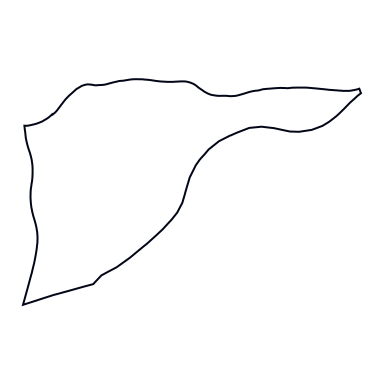 outline of Dordrecht, Zuid-Holland, Netherlands
{"feature_id": "6326949B98267604037576", "entity_name": "Dordrecht", "entity_type": "district", "adm_level": 2, "iso_a3": "NLD", "parent_name": "Netherlands", "parent_adm1": "Zuid-Holland", "projection": "albers", "projection_center": [4.731, 51.769], "detail": "fine", "context": "isolated", "style": "outline", "palette": "ink", "viewbox_px": 384, "rotation_deg": 0, "n_neighbors": 0, "source": "geoboundaries", "source_scale": "gbopen_adm2", "svg_char_len": 5326}
<svg xmlns="http://www.w3.org/2000/svg" viewBox="0 0 384 384"><path d="M23.0,304.8L38.6,299.8L43.8,298.1L52.0,295.5L54.0,294.8L54.7,294.7L71.1,290.2L83.2,286.8L93.3,284.1L94.6,282.6L101.4,275.4L108.2,271.7L116.4,267.4L126.6,260.1L129.8,257.8L143.2,246.7L147.1,243.6L151.6,239.5L156.5,235.1L162.7,229.3L167.0,224.6L171.9,219.3L177.2,212.6L182.3,202.9L184.8,194.4L185.7,191.0L189.7,177.5L193.6,169.7L195.7,165.4L199.7,159.7L201.9,157.2L204.4,154.5L208.7,149.4L219.0,141.2L229.6,135.8L230.5,135.5L237.1,132.6L249.3,127.9L261.6,126.7L266.6,127.3L271.9,127.9L273.8,128.1L282.2,129.9L289.8,131.5L292.6,131.6L299.0,131.8L311.6,129.9L314.1,129.0L322.4,125.9L327.0,123.1L329.1,121.8L331.2,120.2L336.2,116.3L336.9,115.7L339.9,112.9L344.0,108.9L350.0,102.7L353.8,99.3L357.6,95.8L361.0,93.2L360.4,91.8L359.3,88.7L358.0,89.1L357.4,89.3L356.9,89.4L356.4,89.6L356.0,89.7L355.3,89.8L354.4,90.0L353.6,90.2L352.8,90.3L352.2,90.4L351.4,90.6L350.9,90.6L350.3,90.7L349.9,90.8L349.4,90.8L348.9,90.9L348.5,90.9L347.8,90.9L347.1,90.9L346.5,90.9L345.8,90.9L345.2,90.9L343.8,90.9L343.3,90.9L342.7,90.8L342.0,90.8L341.3,90.7L340.9,90.7L340.3,90.6L339.8,90.6L339.1,90.6L337.5,90.4L335.6,90.3L334.3,90.2L333.2,90.1L332.2,90.0L331.2,90.0L330.6,89.9L329.9,89.9L329.7,89.9L329.3,89.8L328.8,89.8L328.1,89.7L327.3,89.6L325.7,89.4L325.2,89.4L324.8,89.3L324.6,89.3L323.9,89.2L323.1,89.1L322.3,89.1L321.8,89.0L320.5,88.9L320.0,88.8L319.4,88.8L318.8,88.7L318.3,88.7L317.4,88.6L316.7,88.5L315.9,88.4L315.2,88.4L314.5,88.3L313.9,88.2L313.7,88.2L312.8,88.2L311.2,88.0L309.9,87.9L308.6,87.8L308.4,87.8L308.1,87.7L307.2,87.7L305.2,87.6L302.7,87.6L297.6,87.6L292.3,87.7L287.8,88.2L285.6,88.1L283.8,88.0L282.5,88.0L282.0,88.0L280.6,87.9L280.1,87.9L279.0,88.0L278.5,88.0L273.7,88.3L269.2,88.7L267.4,88.8L263.6,89.2L263.0,89.2L259.5,90.2L257.2,90.6L255.8,90.7L253.0,91.1L251.9,91.4L251.3,91.5L250.3,91.7L248.0,92.4L244.8,93.4L241.4,94.4L238.5,95.2L238.3,95.3L237.7,95.4L236.0,95.8L234.1,96.0L232.3,96.1L231.0,96.1L230.5,96.2L229.1,96.1L228.6,96.0L227.2,95.9L226.9,95.9L226.7,95.9L226.4,95.8L225.3,95.8L223.7,95.8L223.2,95.8L222.8,95.8L222.3,95.8L221.7,95.8L221.4,95.8L221.1,95.8L219.9,95.9L219.2,95.9L218.6,95.8L218.0,95.8L217.5,95.8L217.2,95.8L216.9,95.7L216.5,95.7L216.1,95.6L215.7,95.6L215.3,95.5L214.9,95.4L214.4,95.4L214.0,95.3L213.5,95.2L213.0,95.1L212.6,95.1L212.2,95.0L211.9,95.0L211.2,94.8L210.4,94.5L210.2,94.5L210.0,94.4L208.7,93.9L208.1,93.6L207.8,93.5L206.6,92.9L206.3,92.7L204.4,91.7L202.5,90.3L200.7,89.1L198.8,87.8L197.0,86.3L196.6,86.0L196.1,85.6L195.8,85.4L195.6,85.2L195.3,85.0L195.1,84.9L194.8,84.7L194.6,84.6L194.3,84.4L193.9,84.2L193.6,84.0L193.3,83.8L193.0,83.7L192.8,83.6L192.3,83.4L191.8,83.2L191.4,83.0L190.9,82.8L190.4,82.7L190.0,82.5L189.5,82.4L189.2,82.3L188.7,82.1L188.2,82.0L187.6,81.9L187.3,81.8L186.9,81.7L186.4,81.6L185.6,81.5L185.2,81.5L184.7,81.4L183.7,81.4L183.4,81.4L182.6,81.4L181.7,81.4L181.1,81.4L180.4,81.4L180.2,81.4L179.9,81.4L179.7,81.4L179.4,81.5L179.1,81.5L178.5,81.5L177.8,81.6L177.0,81.6L176.4,81.6L175.8,81.7L174.8,81.7L174.2,81.8L173.5,81.8L172.8,81.9L171.6,81.9L171.0,81.9L168.3,81.9L162.9,81.6L159.9,81.4L158.4,81.2L156.2,81.0L154.6,80.7L152.5,80.4L150.6,80.1L148.8,79.9L146.8,79.7L145.0,79.6L143.4,79.4L143.1,79.3L142.8,79.3L142.2,79.3L136.7,79.2L134.6,79.2L133.0,79.3L132.5,79.3L131.6,79.4L130.5,79.5L129.8,79.6L128.6,79.8L127.6,80.0L124.9,80.4L124.1,80.6L123.2,80.7L121.8,80.8L120.4,80.9L119.2,81.0L116.4,81.7L115.4,81.9L112.8,82.5L109.9,83.3L109.6,83.3L109.0,83.5L108.4,83.7L107.8,83.9L107.4,84.0L107.0,84.1L106.2,84.3L105.4,84.5L104.9,84.6L104.6,84.7L104.2,84.7L103.6,84.8L102.4,84.9L102.0,85.0L101.5,85.0L101.1,85.0L100.5,85.0L99.3,85.1L98.3,85.1L97.8,85.2L97.4,85.2L97.1,85.2L96.8,85.2L96.3,85.3L96.1,85.3L95.8,85.3L95.6,85.3L95.3,85.3L95.1,85.3L94.8,85.2L94.5,85.2L94.3,85.2L94.0,85.1L93.6,85.0L93.2,85.0L92.9,84.9L92.5,84.9L92.1,84.8L91.7,84.7L91.4,84.7L91.0,84.6L90.7,84.6L90.4,84.5L90.0,84.5L89.7,84.5L89.4,84.5L89.2,84.5L88.9,84.4L87.3,84.4L85.6,84.7L83.4,85.3L81.6,86.0L80.4,86.7L76.4,89.1L72.3,92.8L68.9,95.8L65.3,99.6L64.2,101.0L62.8,102.8L62.3,103.5L61.9,104.0L61.4,104.6L59.4,107.3L58.4,108.6L57.7,109.5L57.3,110.1L57.0,110.4L56.0,111.6L55.6,112.0L54.9,112.7L54.5,113.0L54.1,113.4L53.7,113.7L52.6,114.6L52.3,114.2L50.6,115.8L48.3,117.7L46.2,119.1L44.3,120.2L41.9,121.6L38.4,123.0L35.8,123.9L32.9,124.6L30.5,125.2L27.0,125.8L24.4,125.7L24.8,129.5L25.2,132.1L25.6,136.0L25.9,138.5L26.3,140.3L26.8,142.6L26.9,143.0L27.7,146.1L28.5,148.8L29.9,152.8L30.5,155.0L31.0,156.8L31.6,159.5L31.7,159.9L32.3,164.2L32.4,165.1L32.5,166.3L32.5,167.1L32.6,168.2L32.6,169.9L32.6,171.8L32.6,172.7L32.6,173.7L32.5,174.5L32.5,175.4L32.5,176.3L32.4,177.0L32.4,177.6L32.2,179.8L31.9,182.1L31.7,183.1L31.6,183.4L31.4,185.3L30.9,188.6L30.8,189.0L30.8,189.3L30.8,189.5L30.8,190.2L30.7,190.5L30.6,192.2L30.6,193.0L30.5,197.0L30.5,197.5L30.8,202.5L30.9,203.4L31.1,205.4L31.2,205.7L31.2,205.9L31.3,206.8L31.4,207.6L31.8,209.4L32.2,211.6L33.2,215.7L34.6,220.3L35.7,224.3L35.8,224.8L36.1,226.0L36.4,227.3L37.2,232.4L37.5,236.4L37.5,237.0L37.5,238.6L37.5,239.9L37.4,241.7L37.4,243.1L37.1,245.0L36.8,247.8L36.8,248.1L36.1,252.7L35.3,257.3L34.1,263.4L33.0,267.7L32.5,269.9L31.9,272.4L31.7,273.2L31.0,275.6L30.3,278.2L28.3,285.7L27.8,287.6L27.4,289.0L26.0,294.0L24.5,299.5L23.0,304.8Z" fill="none" stroke="#020617" stroke-width="2"/></svg>